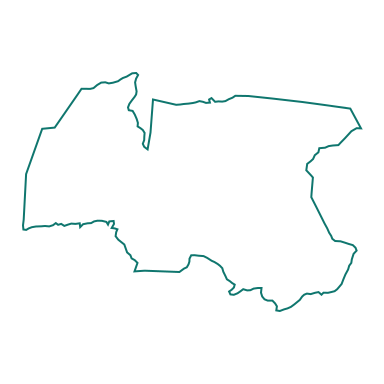 Caririaçu, Ceará, Brazil
{"feature_id": "56859067B58793941772217", "entity_name": "Caririaçu", "entity_type": "district", "adm_level": 2, "iso_a3": "BRA", "parent_name": "Brazil", "parent_adm1": "Ceará", "projection": "mercator", "projection_center": [-39.269, -7.028], "detail": "fine", "context": "isolated", "style": "outline", "palette": "teal", "viewbox_px": 384, "rotation_deg": 0, "n_neighbors": 0, "source": "geoboundaries", "source_scale": "gbopen_adm2", "svg_char_len": 2700}
<svg xmlns="http://www.w3.org/2000/svg" viewBox="0 0 384 384"><path d="M361.0,128.4L350.3,108.6L322.4,104.7L302.4,102.0L272.9,98.6L248.3,96.0L235.3,95.8L232.5,97.7L228.8,99.2L225.4,101.1L222.2,101.6L218.4,101.4L215.1,101.8L211.5,98.1L209.1,99.5L209.9,102.6L206.0,102.9L202.9,101.8L199.4,101.1L195.7,102.4L192.9,103.0L188.6,103.6L183.7,104.0L180.3,104.5L176.2,104.8L153.0,99.5L150.5,132.6L147.6,149.4L144.2,146.8L142.8,143.8L144.2,140.1L144.3,136.7L144.6,132.9L142.8,130.0L140.5,128.2L137.6,126.4L137.9,122.9L136.7,119.0L134.8,114.6L132.6,110.9L128.8,110.2L128.0,107.4L129.4,103.8L132.0,100.2L134.5,97.0L136.1,94.5L136.6,91.4L136.1,88.7L135.6,85.9L135.1,82.4L136.1,78.6L138.1,75.0L136.2,73.0L132.2,73.3L126.7,76.6L122.9,78.0L120.4,79.5L118.1,81.2L113.0,82.7L108.8,83.4L105.3,82.3L101.2,82.6L97.2,85.0L93.5,88.1L90.1,88.9L86.0,88.8L81.5,88.8L77.5,94.7L57.9,123.0L54.7,127.6L42.2,128.8L26.1,174.1L23.7,219.6L23.0,225.3L23.4,229.5L26.2,229.9L28.7,228.4L31.8,227.2L35.9,226.5L41.3,226.3L45.0,226.0L49.2,226.4L53.0,225.2L55.8,223.1L58.1,224.8L61.2,223.9L64.3,225.9L68.0,224.6L71.3,223.6L75.5,223.9L79.7,223.3L80.2,227.1L83.1,224.2L87.6,223.3L91.1,223.1L94.1,221.4L97.5,220.7L101.9,220.8L106.4,221.9L108.0,224.6L109.3,221.4L113.6,221.0L114.0,223.9L111.7,228.0L114.7,228.4L117.4,229.3L116.2,232.1L115.6,236.2L118.3,239.7L124.3,244.5L127.1,252.4L130.4,255.2L131.6,258.4L134.7,260.1L137.5,262.9L134.5,271.4L144.6,270.7L179.4,272.0L184.0,268.6L186.8,267.3L188.5,264.4L189.4,261.6L189.5,258.7L191.2,255.3L194.5,255.2L198.6,255.7L203.6,256.1L207.2,257.9L211.7,260.8L214.4,262.0L217.7,264.0L220.0,265.8L222.3,268.2L223.3,271.7L225.6,276.4L226.9,279.3L229.9,281.2L232.2,283.1L234.7,284.6L233.9,287.5L231.6,289.8L229.1,291.5L230.4,294.4L233.8,294.8L237.5,293.3L240.3,291.4L243.2,289.2L247.2,290.4L250.4,290.2L253.6,288.6L257.9,288.0L261.5,288.0L261.0,292.7L262.2,296.5L264.5,299.3L267.7,300.6L272.4,300.6L275.1,303.4L276.9,306.3L276.3,310.4L279.8,311.0L284.0,309.4L287.5,308.4L290.9,306.9L294.3,304.4L299.8,299.9L302.2,296.5L304.2,294.7L306.9,293.6L310.7,294.1L315.0,292.8L318.5,292.1L321.5,294.7L323.5,292.7L328.0,292.8L331.5,292.0L334.6,291.2L337.1,289.3L339.0,287.1L341.6,284.0L343.4,279.3L345.4,274.5L348.1,269.5L349.2,265.7L351.3,262.9L351.8,259.4L353.6,253.8L356.6,250.6L355.5,247.7L352.8,245.1L348.9,244.0L344.7,242.6L340.5,241.3L335.1,241.0L332.3,238.8L331.2,235.9L329.2,232.8L327.2,228.3L324.5,223.4L316.2,206.8L311.3,197.2L311.6,192.9L312.9,177.5L311.0,175.3L306.3,170.3L307.2,163.9L310.6,161.3L313.1,159.0L314.8,155.2L318.4,152.3L319.3,148.2L325.1,147.7L328.7,146.1L332.8,145.5L338.4,145.1L340.7,142.6L345.0,138.2L351.4,131.2L356.6,128.2L361.0,128.4Z" fill="none" stroke="#0f766e" stroke-width="2"/></svg>